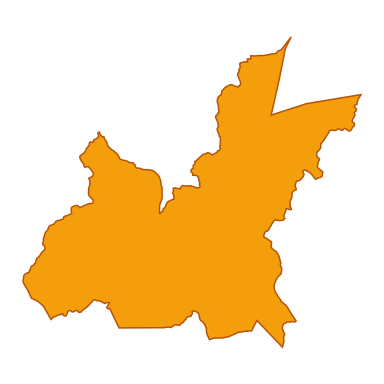 Hueytlalpan, Puebla, Mexico
{"feature_id": "50627088B78446998147057", "entity_name": "Hueytlalpan", "entity_type": "district", "adm_level": 2, "iso_a3": "MEX", "parent_name": "Mexico", "parent_adm1": "Puebla", "projection": "mercator", "projection_center": [-97.68, 20.051], "detail": "fine", "context": "isolated", "style": "filled", "palette": "amber", "viewbox_px": 384, "rotation_deg": 0, "n_neighbors": 0, "source": "geoboundaries", "source_scale": "gbopen_adm2", "svg_char_len": 5956}
<svg xmlns="http://www.w3.org/2000/svg" viewBox="0 0 384 384"><path d="M291.2,36.8L281.4,49.7L278.2,50.9L276.8,52.3L276.7,53.1L274.4,53.7L271.7,53.8L269.1,54.6L263.2,55.6L260.4,55.5L254.1,56.0L250.9,55.7L250.7,58.7L247.3,59.0L247.6,61.9L244.5,61.8L240.2,62.9L239.7,64.1L240.2,66.1L239.9,68.1L238.7,70.0L239.1,71.6L237.6,73.6L238.1,76.5L240.1,81.0L240.7,83.7L240.3,84.7L239.1,85.8L238.7,86.8L235.1,86.3L231.9,84.7L229.8,84.9L227.3,86.1L225.2,87.5L222.1,90.5L221.2,94.5L219.5,95.8L217.7,97.9L217.7,98.9L217.3,99.9L217.3,102.0L218.0,104.4L218.5,107.8L218.5,109.5L219.2,111.8L218.3,112.8L217.1,114.7L215.8,115.9L215.6,116.8L215.9,118.2L216.9,120.0L218.0,123.1L218.4,126.1L217.1,128.8L217.7,131.8L218.9,133.8L219.3,136.4L220.0,136.8L220.5,138.3L220.2,142.6L220.5,143.6L219.9,145.6L219.8,147.3L220.4,148.9L219.5,150.4L217.4,150.9L217.4,152.0L217.0,152.4L212.2,154.9L209.4,153.0L208.6,152.9L207.1,152.8L205.7,153.7L202.9,154.4L197.1,159.8L196.3,160.8L194.9,161.4L194.7,161.8L195.0,162.4L195.1,163.5L194.6,164.4L193.3,165.2L193.1,168.7L191.6,169.2L191.3,169.6L190.9,171.8L192.6,173.1L192.7,175.3L196.7,175.5L198.1,176.8L199.0,179.8L199.1,181.2L199.7,182.4L199.8,183.1L199.3,184.0L199.6,184.3L200.0,187.0L198.8,187.6L195.9,187.7L193.5,186.5L191.9,186.5L191.4,185.9L190.5,185.7L185.1,186.0L182.6,185.5L181.0,186.8L180.2,188.8L176.5,188.3L175.3,187.8L173.2,188.4L173.6,190.4L172.9,192.0L172.7,193.1L173.9,195.6L173.8,199.3L171.6,199.8L170.2,200.7L168.0,201.5L167.9,202.4L167.1,202.7L166.6,203.4L164.9,207.7L164.0,208.1L163.1,209.0L162.9,209.7L163.1,211.0L162.0,211.4L160.0,213.4L159.4,213.4L159.7,204.6L160.4,203.2L162.1,198.4L162.0,187.5L161.1,184.8L160.7,181.2L159.5,177.3L158.1,175.1L156.0,173.0L153.7,171.2L151.7,170.1L148.4,169.9L147.0,169.5L146.2,169.8L144.6,169.7L141.7,169.1L139.7,168.2L136.2,168.0L135.0,165.6L134.9,164.6L134.3,164.3L133.4,163.0L129.2,162.5L128.1,161.6L126.3,160.8L122.2,159.9L120.2,159.1L119.3,158.0L118.4,155.7L116.9,153.7L113.3,150.6L112.0,150.0L107.9,146.2L106.7,141.9L104.4,138.9L104.0,136.8L101.8,136.5L99.9,134.0L99.5,132.2L98.6,132.3L97.8,133.0L98.6,136.2L97.6,137.9L94.1,139.7L93.5,140.3L93.5,141.8L92.2,142.3L90.4,141.9L90.0,142.7L89.4,142.8L89.3,145.0L86.7,148.2L84.7,152.2L82.3,154.3L80.9,155.1L80.0,156.0L79.8,157.2L80.1,158.6L81.6,161.4L83.6,164.0L84.5,167.2L88.1,166.6L90.2,168.8L92.8,172.1L93.4,173.6L92.7,176.1L92.2,176.7L89.1,177.9L88.9,178.3L89.0,179.2L89.7,180.3L90.0,181.6L89.7,185.2L89.1,186.9L88.6,189.1L88.5,193.5L88.6,194.6L89.4,196.2L92.7,199.5L93.2,200.4L93.2,202.2L92.7,203.1L91.9,203.4L88.7,203.7L79.8,207.6L77.8,205.7L76.8,205.5L75.6,205.5L72.9,206.6L72.0,207.1L71.3,208.0L71.2,210.3L71.7,213.2L69.7,214.5L66.5,215.8L64.3,216.3L63.8,216.8L63.4,218.6L62.1,219.4L59.1,220.5L57.2,220.6L56.1,221.0L55.5,222.2L53.7,224.2L49.8,225.6L48.5,227.2L48.0,229.1L47.3,230.5L46.2,231.4L45.2,232.9L43.4,238.8L43.5,240.6L42.8,243.2L42.8,244.6L44.6,246.2L45.0,247.4L44.8,249.2L44.1,250.3L42.8,251.1L41.1,253.4L39.4,256.2L36.8,258.5L35.6,261.7L35.2,263.4L34.4,263.9L33.8,264.9L31.2,266.4L30.8,268.2L29.7,270.1L29.2,272.0L25.3,274.0L23.9,275.4L23.6,276.3L23.5,278.9L23.0,280.8L23.4,282.7L25.4,286.5L27.4,289.5L31.4,298.1L38.4,301.7L42.8,305.5L44.8,308.4L51.0,319.5L51.9,318.7L52.6,317.4L53.9,317.1L58.0,315.2L62.6,313.9L63.3,315.2L64.3,315.9L66.1,315.8L67.4,313.0L67.8,311.4L68.6,310.7L70.7,310.6L71.9,311.8L73.1,312.0L75.8,310.5L77.6,310.7L78.9,312.4L81.0,312.1L83.3,309.5L86.3,307.6L90.0,304.0L93.5,300.2L94.8,299.6L96.4,300.6L99.7,300.9L104.7,303.5L107.8,302.3L109.4,303.0L106.7,307.6L108.5,308.8L109.7,308.5L119.0,327.9L163.7,327.7L168.2,327.1L171.3,327.5L171.7,326.9L175.0,324.8L179.6,325.3L181.5,323.3L183.6,322.2L184.3,320.5L185.9,319.4L186.4,317.9L188.8,316.4L190.9,316.3L190.9,315.6L192.3,314.0L192.1,311.6L193.8,310.8L195.6,311.4L198.2,313.0L198.9,314.4L199.4,317.6L200.1,319.5L200.6,320.4L203.3,322.3L204.8,325.0L206.3,328.2L206.7,333.5L209.5,339.7L213.1,338.3L215.3,338.0L218.3,338.1L220.1,337.7L222.5,338.0L229.2,336.5L238.2,332.4L245.7,331.3L251.7,330.8L256.9,320.5L282.4,347.2L283.1,344.1L283.9,342.0L283.6,337.1L284.6,334.3L284.4,333.1L283.4,331.9L282.5,328.9L282.3,327.5L283.1,324.9L284.1,323.6L287.3,322.1L290.1,322.0L292.6,321.5L294.0,322.0L295.2,321.8L296.1,321.1L288.3,309.0L288.0,308.0L285.4,304.8L281.3,301.6L281.1,300.8L277.3,295.4L276.5,293.6L275.1,291.7L274.2,288.5L274.1,286.1L274.6,283.7L275.9,280.3L277.4,277.7L279.0,275.5L280.8,274.4L281.8,269.9L281.4,267.2L280.5,265.6L280.3,264.3L280.8,263.0L278.8,255.9L277.4,253.3L276.1,251.4L273.8,250.0L271.8,248.1L271.1,246.9L271.5,244.4L271.4,241.8L266.5,238.4L264.0,237.1L263.7,234.9L264.5,233.8L264.7,232.7L265.7,231.4L267.5,231.0L268.7,229.7L269.2,228.8L269.3,227.9L270.6,226.4L272.0,223.7L274.4,220.2L275.5,219.6L276.2,220.2L279.6,220.6L283.0,220.3L284.9,218.5L284.2,217.5L283.8,215.8L286.0,210.0L285.9,209.2L287.3,208.4L288.3,209.1L290.5,209.8L291.2,209.5L291.4,208.6L291.1,207.9L289.8,206.7L290.4,204.8L290.4,204.3L289.7,203.3L289.7,202.6L291.9,197.0L292.2,192.3L294.1,190.6L296.1,189.8L296.2,188.9L295.1,185.8L296.2,181.7L296.8,181.1L299.1,180.7L300.1,180.1L303.4,176.5L304.0,174.3L302.9,172.0L304.0,170.0L305.1,170.1L309.4,172.3L312.2,175.0L315.4,179.2L316.1,179.2L318.1,177.9L320.3,177.5L321.8,176.6L322.4,175.0L322.8,171.9L319.9,169.6L317.5,167.3L317.5,165.4L318.3,161.8L318.7,160.7L319.5,159.9L319.5,159.3L318.7,158.0L317.5,157.2L316.8,156.1L316.8,152.7L317.2,152.0L319.3,150.0L320.6,147.9L320.9,143.6L321.5,143.2L324.5,139.2L327.2,134.8L328.0,133.9L329.5,130.9L330.3,130.3L335.8,130.4L337.9,128.9L338.3,128.9L338.8,128.9L342.1,130.5L342.5,130.4L344.3,128.5L345.7,128.7L348.0,130.6L348.6,130.8L350.3,130.9L351.1,130.0L352.6,127.3L354.4,125.7L354.5,124.0L354.3,123.4L352.3,121.6L352.2,120.1L355.0,115.5L354.2,112.6L356.3,110.7L356.5,110.2L356.0,108.5L354.3,106.8L354.4,105.9L355.0,105.1L356.9,104.5L357.4,101.4L358.1,99.4L361.0,94.6L306.6,103.6L271.2,115.1L279.2,79.5L285.3,48.8L291.2,36.8Z" fill="#f59e0b" stroke="#b45309" stroke-width="1.5"/></svg>